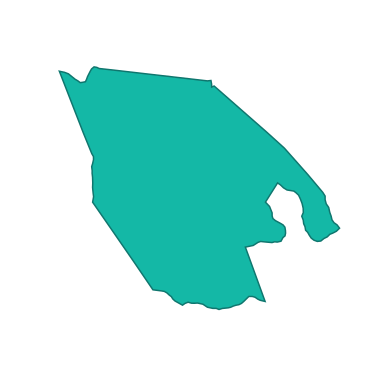 Bonito, Pará, Brazil (Albers equal-area conic projection), rotated 280°
{"feature_id": "56859067B73702503430896", "entity_name": "Bonito", "entity_type": "district", "adm_level": 2, "iso_a3": "BRA", "parent_name": "Brazil", "parent_adm1": "Pará", "projection": "albers", "projection_center": [-47.328, -1.394], "detail": "fine", "context": "isolated", "style": "filled", "palette": "teal", "viewbox_px": 384, "rotation_deg": 280, "n_neighbors": 0, "source": "geoboundaries", "source_scale": "gbopen_adm2", "svg_char_len": 1727}
<svg xmlns="http://www.w3.org/2000/svg" viewBox="0 0 384 384"><g transform="rotate(280 192 192)"><path d="M304.1,187.9L298.4,93.0L297.5,79.2L298.2,76.6L298.2,73.8L295.7,71.7L293.2,70.8L287.6,69.1L284.7,68.6L282.1,67.9L281.1,65.4L280.3,62.9L281.6,60.4L282.8,57.2L286.9,49.8L287.7,45.8L287.9,40.4L231.2,74.8L212.3,86.7L209.8,88.8L206.7,89.4L202.7,89.2L199.6,88.8L195.6,90.0L193.0,90.4L189.3,91.5L183.6,92.7L179.2,93.3L173.5,94.9L170.3,95.9L164.7,95.9L142.2,118.2L112.1,147.9L88.9,170.5L89.3,179.2L89.3,182.0L88.3,184.8L86.6,187.4L85.4,189.8L83.3,191.7L81.7,194.2L80.4,198.0L78.9,202.3L81.1,204.5L82.8,207.3L82.4,210.8L82.9,213.9L83.6,216.6L83.4,222.2L81.2,227.2L81.0,232.7L81.6,236.0L81.0,239.0L82.6,242.1L84.2,247.7L85.2,250.1L86.8,252.4L88.1,254.9L89.2,257.8L90.9,260.1L93.1,261.9L99.0,266.1L99.6,269.7L99.3,272.4L97.9,275.4L97.2,277.9L96.9,283.0L147.0,254.1L150.0,261.6L153.9,265.8L155.2,268.2L155.5,272.6L156.1,279.6L157.3,282.0L157.5,284.7L159.0,288.2L162.9,289.5L164.9,291.2L167.7,291.3L170.4,290.7L173.5,289.6L175.4,287.4L176.4,284.8L178.3,279.1L179.9,276.3L182.3,275.1L185.4,274.5L191.2,270.9L194.8,266.1L215.8,274.7L214.4,277.8L212.0,281.4L210.5,285.2L210.6,292.1L209.3,294.6L207.4,297.5L204.0,299.9L199.8,302.4L195.3,304.3L191.1,305.2L187.2,304.3L183.7,306.4L180.1,307.5L177.5,309.3L174.1,310.5L172.4,312.9L169.8,315.0L167.3,317.4L165.7,320.5L165.1,324.0L166.1,327.4L169.1,330.0L171.3,333.0L174.3,335.1L175.9,337.7L178.4,341.0L182.0,343.6L184.8,340.6L186.4,337.2L188.9,334.7L192.4,333.2L195.9,331.2L200.5,329.3L203.7,326.2L207.6,324.4L211.1,323.8L214.3,320.9L229.3,303.0L251.2,275.4L263.9,255.2L300.2,195.4L298.8,193.1L301.6,192.6L305.1,191.3L304.1,187.9Z" fill="#14b8a6" stroke="#0f766e" stroke-width="1.5"/></g></svg>